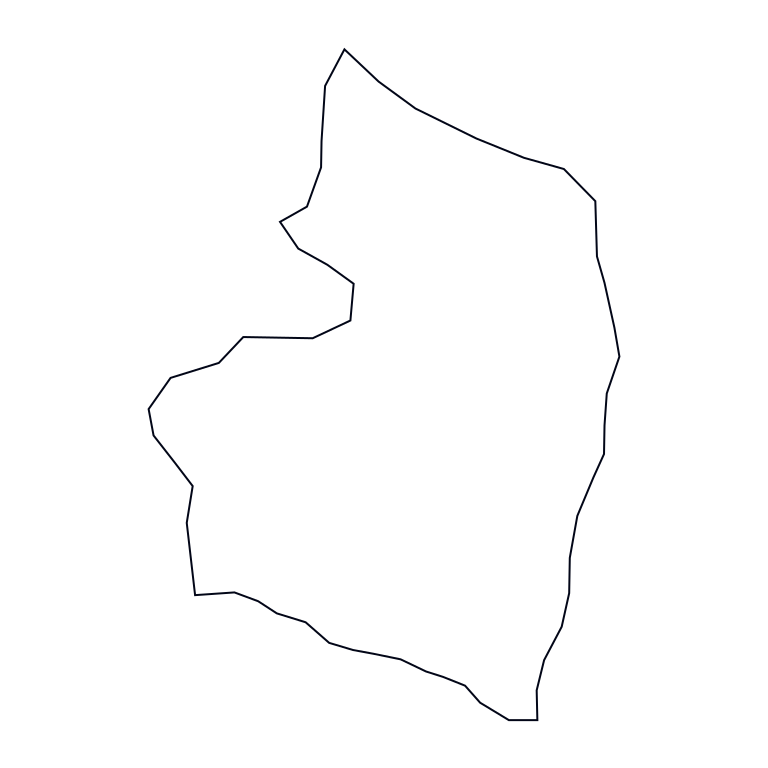 Arnadi, Cyprus (Natural Earth projection), rotated 91°
{"feature_id": "46923920B52091218012578", "entity_name": "Arnadi", "entity_type": "district", "adm_level": 2, "iso_a3": "CYP", "parent_name": "Cyprus", "parent_adm1": "", "projection": "natural_earth1", "projection_center": [33.853, 35.234], "detail": "fine", "context": "isolated", "style": "outline", "palette": "ink", "viewbox_px": 768, "rotation_deg": 91, "n_neighbors": 0, "source": "geoboundaries", "source_scale": "gbopen_adm2", "svg_char_len": 846}
<svg xmlns="http://www.w3.org/2000/svg" viewBox="0 0 768 768"><g transform="rotate(91 384 384)"><path d="M717.4,224.8L687.6,226.0L657.3,219.1L623.6,202.1L589.9,195.2L554.6,195.2L512.5,188.4L473.8,173.0L450.2,162.8L421.6,162.8L389.6,161.1L352.5,149.1L323.7,154.6L279.0,165.3L252.7,173.3L197.5,175.9L183.0,190.6L165.9,207.9L155.4,248.0L136.9,296.0L108.0,357.4L81.7,394.7L50.1,429.4L87.0,448.1L142.2,450.7L168.5,450.7L208.0,464.1L223.7,490.8L250.1,472.1L265.8,442.7L284.3,416.1L321.1,418.7L339.5,456.1L339.5,496.1L339.5,525.5L365.8,549.5L381.6,597.5L413.2,618.9L439.5,613.5L465.8,592.2L489.4,573.5L526.3,578.8L598.4,569.2L595.0,529.9L603.4,506.0L615.2,487.2L623.6,458.2L643.8,434.3L650.5,410.4L653.9,389.9L659.0,362.6L670.7,337.0L675.8,319.9L684.2,297.7L701.0,282.3L717.9,253.3L717.4,224.8Z" fill="none" stroke="#020617" stroke-width="2"/></g></svg>